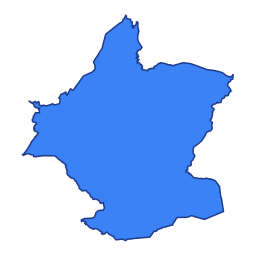 the district of Juchitlán, Jalisco, Mexico
{"feature_id": "50627088B62561393474891", "entity_name": "Juchitlán", "entity_type": "district", "adm_level": 2, "iso_a3": "MEX", "parent_name": "Mexico", "parent_adm1": "Jalisco", "projection": "mercator", "projection_center": [-104.048, 20.063], "detail": "fine", "context": "isolated", "style": "filled", "palette": "blue", "viewbox_px": 256, "rotation_deg": 0, "n_neighbors": 0, "source": "geoboundaries", "source_scale": "gbopen_adm2", "svg_char_len": 5743}
<svg xmlns="http://www.w3.org/2000/svg" viewBox="0 0 256 256"><path d="M233.1,74.0L232.8,75.0L232.3,75.7L230.7,77.0L228.9,76.7L225.9,75.4L222.9,73.0L220.4,72.0L214.7,70.6L206.7,69.5L199.8,66.9L190.4,63.6L183.1,62.7L173.5,65.5L172.6,65.6L171.3,65.3L171.1,65.0L170.5,65.1L170.2,64.7L169.1,64.8L168.2,64.6L167.7,64.7L166.9,64.2L163.8,63.2L162.8,63.3L161.1,62.7L160.0,62.9L159.7,63.4L158.3,63.7L156.4,65.6L154.7,66.4L154.0,66.5L153.8,68.4L152.0,68.3L151.7,68.5L151.1,68.4L150.6,68.8L149.4,68.7L148.9,69.2L147.9,69.8L147.7,70.5L147.3,70.8L145.9,70.2L144.9,70.2L143.7,69.7L142.3,69.6L142.2,69.0L142.3,68.7L141.6,68.3L141.9,67.5L142.2,67.6L142.5,66.7L141.3,64.5L140.2,64.5L139.7,63.0L137.2,62.9L137.3,61.4L138.1,61.3L138.8,59.9L137.6,60.1L137.7,58.9L136.4,58.5L136.2,57.9L138.0,57.6L138.1,57.0L138.5,56.4L137.0,56.2L137.2,54.8L137.9,54.9L138.0,54.6L136.2,53.9L137.9,51.0L137.2,51.0L138.3,50.4L138.4,50.0L140.3,49.8L142.0,47.3L138.3,41.6L137.7,39.1L137.6,37.3L137.8,35.5L137.6,34.9L138.3,34.0L138.4,32.7L138.8,31.4L137.7,26.0L138.0,24.0L137.8,22.3L137.1,21.9L136.4,22.1L136.6,22.9L135.6,25.1L134.7,25.8L133.8,25.7L133.6,26.6L133.6,27.6L133.4,27.9L132.5,27.7L132.2,26.6L132.3,24.2L131.9,22.8L132.3,22.0L132.1,21.7L131.1,21.5L130.6,21.1L130.5,20.3L130.5,19.3L127.5,18.8L127.0,18.5L126.5,17.6L126.3,16.8L126.5,16.2L125.7,15.4L124.6,17.9L123.2,19.6L122.7,21.4L121.3,22.4L119.2,23.5L106.0,34.0L105.6,34.7L102.0,48.5L96.9,56.6L95.6,58.3L93.6,61.7L93.6,62.4L94.9,65.1L95.1,68.8L94.7,69.5L93.1,71.3L92.1,72.1L83.9,75.8L83.2,76.3L73.1,90.4L70.4,88.8L67.1,95.1L66.9,95.3L65.8,92.1L65.2,92.5L60.8,94.5L60.0,96.5L58.9,97.8L59.0,98.2L59.7,98.7L59.9,99.1L60.1,100.3L59.7,102.8L59.3,103.5L58.8,103.9L54.6,104.9L52.7,103.8L48.8,105.2L46.4,105.8L45.4,105.8L44.1,105.2L43.7,105.2L42.8,105.7L42.6,105.4L41.4,106.2L40.9,105.5L39.5,105.0L39.1,104.6L39.0,104.2L39.3,102.8L38.6,101.7L38.3,101.7L36.6,102.9L36.1,102.7L35.6,101.6L35.2,101.5L32.5,102.7L32.1,102.7L28.7,100.9L31.3,102.8L33.5,104.1L34.0,105.1L34.4,106.8L35.5,107.2L35.8,107.6L37.7,108.1L39.6,108.1L39.3,108.8L38.6,109.4L39.2,110.0L39.5,112.8L35.6,112.6L33.2,116.8L33.6,117.9L33.0,118.7L32.3,119.2L32.4,121.2L33.0,121.9L35.9,122.5L36.4,123.1L36.1,123.9L37.2,123.9L35.6,124.3L35.0,125.4L34.5,125.9L33.7,127.9L33.8,128.9L34.6,129.0L34.1,130.3L34.4,130.9L34.8,130.9L38.5,132.7L35.9,136.3L35.1,136.6L35.1,137.4L31.5,141.7L30.4,144.1L27.3,149.2L25.3,151.9L23.2,154.5L23.1,154.4L22.9,154.5L23.1,154.6L22.9,154.9L23.6,155.4L24.6,154.7L26.1,154.0L28.5,153.6L30.9,154.7L33.0,154.9L33.5,155.4L33.7,156.5L34.0,156.4L35.2,156.8L42.9,155.7L54.7,155.8L57.7,158.2L59.2,159.8L59.8,159.8L60.5,160.4L61.2,161.3L62.4,161.8L62.6,162.0L62.4,162.2L62.5,162.5L63.2,162.7L65.1,164.1L65.2,164.5L66.2,165.2L65.6,165.9L65.6,167.0L66.8,169.4L66.6,169.7L66.7,170.2L67.4,171.0L66.9,172.2L67.0,173.7L67.9,175.2L69.4,176.3L69.9,177.1L70.3,177.1L71.4,178.1L73.3,178.3L74.1,179.0L75.0,180.7L76.0,181.1L77.6,184.4L79.2,186.8L79.2,188.4L79.7,188.8L80.5,189.1L80.7,189.6L82.0,190.8L82.6,190.9L84.0,190.7L85.7,190.5L86.2,190.7L88.0,192.9L88.8,193.3L89.7,194.2L90.6,196.6L91.0,197.1L92.4,197.6L92.9,199.1L93.2,199.4L94.1,199.4L95.5,198.9L96.8,199.3L98.9,200.7L100.4,203.1L100.7,203.3L101.6,203.3L102.8,202.5L103.2,202.6L103.4,203.0L103.5,204.3L104.3,207.4L104.2,208.7L103.2,210.0L103.1,210.4L100.0,210.3L99.4,210.7L98.6,210.7L97.8,211.0L95.7,213.1L95.6,214.0L94.7,216.4L94.1,217.3L91.8,218.2L88.6,218.4L87.5,218.3L87.1,218.5L86.6,218.6L85.6,218.4L85.1,218.4L84.4,218.9L83.1,219.0L82.4,219.7L81.8,219.7L81.4,220.0L81.3,220.5L81.5,221.4L81.9,221.1L83.5,221.1L85.1,221.6L85.8,222.0L85.9,222.4L85.1,222.4L84.8,223.5L85.7,223.9L85.7,224.5L86.6,224.4L87.0,224.6L89.9,227.7L91.7,228.3L92.7,229.1L93.7,229.2L95.5,228.5L96.2,228.6L98.1,229.7L98.9,229.9L99.5,230.7L102.0,232.2L101.5,233.6L102.9,234.2L103.9,234.2L105.3,233.3L106.2,232.3L107.2,232.2L107.6,232.3L108.1,232.9L108.4,233.8L112.6,236.2L113.7,236.5L114.0,237.5L115.9,239.8L119.3,239.5L122.0,239.0L125.8,240.6L127.4,239.1L131.5,239.0L132.6,238.6L149.9,237.1L153.9,231.5L154.8,231.0L155.4,231.5L156.7,230.9L157.2,230.4L157.4,229.8L157.9,229.3L158.8,229.2L160.2,228.5L161.1,228.6L161.4,228.2L163.9,227.1L165.4,227.1L167.2,226.2L167.5,226.4L168.7,225.9L169.8,225.6L171.2,225.3L172.6,225.1L172.9,224.7L172.9,224.0L173.3,223.0L174.4,221.8L176.2,218.7L177.0,217.8L177.8,217.4L186.1,217.4L189.6,216.5L190.7,215.7L191.8,215.8L192.8,215.9L194.1,216.5L204.5,219.4L223.5,211.5L221.6,199.3L220.6,196.0L219.5,186.3L218.4,185.1L215.6,181.1L213.5,179.8L211.8,179.5L210.7,178.9L209.0,178.9L206.2,178.2L205.6,178.3L205.2,178.6L204.4,178.8L200.3,178.4L198.4,178.6L197.2,178.0L194.0,177.7L193.0,177.0L192.0,175.7L191.0,174.8L191.0,174.3L190.9,174.2L190.0,174.2L189.3,173.2L188.6,173.1L188.3,172.3L187.6,172.3L186.6,171.8L186.1,171.9L186.3,171.3L186.1,170.7L186.2,170.2L187.2,170.3L187.7,169.8L187.6,166.9L187.9,166.1L190.2,165.8L190.8,165.5L191.2,164.9L191.4,164.3L191.3,163.7L190.9,162.7L190.9,161.8L192.9,159.9L194.7,156.2L194.8,155.7L194.5,155.1L193.2,153.1L193.1,151.0L193.2,149.3L193.5,147.8L194.0,146.8L198.1,143.9L201.6,140.9L205.4,135.1L206.0,133.3L206.5,132.4L208.3,131.5L210.6,130.7L211.2,130.3L212.0,128.9L212.2,128.1L211.7,125.3L211.8,124.1L212.3,123.6L212.4,122.7L212.2,122.3L210.7,121.1L210.3,120.1L210.3,119.5L210.9,119.3L211.5,118.6L211.9,117.5L211.8,116.7L212.4,115.1L212.5,113.8L212.2,112.0L212.7,112.1L212.8,111.1L213.9,110.0L213.9,108.7L211.9,107.5L211.5,106.4L213.0,104.5L215.7,103.8L216.8,102.5L217.6,102.3L217.8,102.9L221.0,102.4L221.8,99.0L224.4,97.8L224.6,96.1L228.1,95.5L229.3,92.3L230.8,91.3L230.3,91.2L230.7,90.3L230.7,89.8L230.3,89.0L228.0,86.0L227.6,85.3L227.7,83.9L229.0,81.8L229.8,81.8L230.6,81.0L230.9,79.7L232.8,79.0L233.1,74.0Z" fill="#3b82f6" stroke="#1e3a8a" stroke-width="1.5"/></svg>